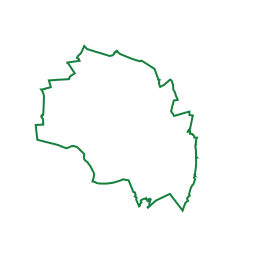 outline of Almelo, Overijssel, Netherlands, rotated 306°
{"feature_id": "6326949B33573744184458", "entity_name": "Almelo", "entity_type": "district", "adm_level": 2, "iso_a3": "NLD", "parent_name": "Netherlands", "parent_adm1": "Overijssel", "projection": "orthographic", "projection_center": [6.653, 52.345], "detail": "fine", "context": "isolated", "style": "outline", "palette": "green", "viewbox_px": 256, "rotation_deg": 306, "n_neighbors": 0, "source": "geoboundaries", "source_scale": "gbopen_adm2", "svg_char_len": 5149}
<svg xmlns="http://www.w3.org/2000/svg" viewBox="0 0 256 256"><g transform="rotate(306 128 128)"><path d="M93.3,220.7L96.9,219.6L100.8,218.5L103.2,218.8L103.5,218.9L104.4,219.4L105.5,217.3L106.5,217.0L107.0,217.3L108.6,217.2L109.5,217.7L110.2,216.4L115.6,214.3L119.1,213.6L120.7,214.0L126.0,212.4L126.6,210.6L127.9,210.2L128.2,210.0L128.5,209.8L128.6,210.1L128.7,209.7L129.4,209.4L129.7,209.5L129.7,209.3L132.0,208.2L133.4,207.5L134.7,206.8L136.3,205.8L136.8,205.6L137.1,205.4L139.6,203.8L140.5,203.1L144.2,200.3L144.5,200.7L144.5,200.1L145.3,199.5L145.6,199.5L146.2,198.9L147.3,197.9L148.2,197.4L149.4,196.5L149.7,196.1L150.9,195.1L151.9,194.3L151.8,194.0L153.1,193.1L154.3,192.4L154.7,192.7L155.1,192.1L156.5,191.2L156.8,191.4L157.1,191.0L157.3,190.8L157.7,190.5L158.4,190.2L159.1,189.9L159.8,189.6L160.7,189.4L159.2,187.4L159.7,187.0L160.1,186.4L160.5,185.7L160.5,184.2L160.9,184.2L160.8,183.1L160.5,182.3L159.8,181.6L162.1,179.9L159.9,178.6L160.0,178.5L160.8,178.4L161.7,178.4L162.4,178.4L163.3,178.5L163.6,178.5L164.0,178.4L164.3,178.4L164.6,178.5L164.7,178.4L164.7,178.2L164.8,178.2L176.2,173.1L174.6,170.1L177.4,168.0L177.3,167.9L176.6,167.4L175.0,166.1L174.9,166.0L170.9,162.9L167.4,160.2L167.0,159.9L166.9,159.8L165.4,158.7L165.0,158.3L165.0,158.2L164.9,158.1L165.1,157.9L165.2,157.6L166.9,153.0L173.1,150.5L177.2,148.9L179.9,151.7L180.3,151.3L182.4,147.6L182.9,146.9L183.1,146.7L183.3,146.6L183.4,146.3L183.9,145.7L184.1,145.5L184.6,144.5L184.7,144.3L185.1,143.6L185.6,142.3L185.7,142.2L186.1,141.7L186.3,141.5L189.5,139.1L190.0,138.3L189.9,138.3L191.9,135.5L192.1,133.9L191.7,133.6L184.2,131.9L180.2,129.9L181.2,128.3L182.5,126.5L182.8,126.5L183.0,126.3L183.7,126.1L184.8,125.4L185.2,125.3L185.5,125.2L185.4,125.0L185.2,124.7L184.8,124.2L185.1,123.7L185.7,123.1L191.4,114.8L190.5,99.5L188.8,98.1L186.3,90.6L184.9,85.1L183.8,80.4L183.2,77.9L183.2,77.5L183.3,76.6L183.3,75.9L184.0,74.1L184.0,73.9L184.0,73.7L183.6,73.7L183.0,73.7L183.0,73.4L182.9,73.3L182.2,73.6L181.5,72.8L181.3,72.8L181.2,72.9L180.7,72.8L180.4,73.1L180.2,73.1L179.3,73.1L178.4,73.0L177.5,72.6L177.4,72.6L175.8,71.1L175.5,70.9L174.3,67.3L174.0,66.5L172.5,62.0L170.8,57.4L168.3,49.8L167.8,48.6L168.6,44.4L168.2,44.5L167.0,44.8L160.8,46.0L160.7,46.0L157.2,45.2L156.7,45.2L155.6,45.3L154.7,45.5L154.8,46.1L155.0,47.0L155.1,47.3L155.0,47.5L154.9,47.6L154.8,47.8L154.3,48.6L154.2,48.8L153.9,49.3L153.6,49.0L146.9,42.1L146.1,41.3L145.3,40.4L145.0,40.6L145.1,40.9L145.2,41.2L145.1,41.5L145.0,41.9L140.9,52.8L140.6,52.7L137.0,51.2L136.6,51.1L136.0,50.9L135.3,50.9L134.9,50.9L134.5,51.0L134.1,51.1L133.8,51.2L132.9,51.6L132.6,51.2L131.8,50.3L125.5,42.6L125.3,42.3L125.2,42.1L124.9,41.9L120.0,36.0L119.8,36.3L115.8,41.5L115.7,41.5L115.3,41.3L112.5,39.0L109.0,36.2L108.6,35.8L108.2,35.5L108.1,35.3L107.9,35.8L107.6,36.6L107.4,37.1L106.9,38.1L106.5,38.7L105.9,39.5L105.5,40.0L105.1,40.5L104.6,41.0L104.1,41.4L103.6,41.8L102.7,42.4L99.1,44.9L96.5,46.7L88.9,51.6L87.9,50.8L87.6,50.8L87.3,51.1L87.1,50.8L86.6,51.1L86.1,51.5L85.9,51.7L85.7,51.9L85.6,52.2L85.6,52.4L85.5,52.7L85.5,53.2L85.4,53.5L85.2,53.8L85.0,54.2L84.7,54.4L84.3,54.8L82.1,56.4L82.2,56.5L80.9,57.4L80.3,56.6L76.7,52.2L76.2,51.6L70.8,56.4L65.2,61.6L73.0,81.1L73.2,81.8L75.0,88.9L75.2,89.6L75.5,90.0L75.9,90.5L76.3,90.8L77.5,91.5L80.3,93.1L81.0,93.9L80.9,94.0L81.3,94.6L81.5,94.9L81.7,95.3L82.1,96.1L82.2,96.6L82.4,97.4L82.5,97.8L82.5,98.2L82.5,98.6L82.5,99.1L82.4,99.6L82.2,101.5L81.2,107.8L80.6,108.4L79.6,108.8L79.2,109.0L78.7,109.3L78.1,109.8L77.8,110.1L77.5,110.5L77.0,111.2L76.8,111.7L76.7,112.1L76.5,113.0L76.5,113.5L76.5,114.1L76.6,114.6L76.6,114.9L76.6,115.1L76.4,115.7L75.5,118.4L75.2,119.2L74.9,120.2L74.6,120.8L71.2,127.4L70.8,127.7L70.4,128.0L69.9,128.3L69.4,128.6L67.5,129.4L65.0,130.3L63.9,130.8L64.5,132.0L64.7,132.5L65.0,133.3L65.0,133.6L65.0,133.8L65.0,134.6L65.1,135.1L65.4,135.8L65.8,136.6L65.9,136.9L66.5,137.8L68.2,140.3L69.9,142.6L71.2,144.2L72.0,145.0L73.3,146.4L74.6,147.7L76.0,148.9L77.7,150.2L78.9,151.1L80.1,152.0L81.7,153.1L82.6,153.6L83.5,154.1L86.0,159.3L81.8,166.1L79.4,169.9L79.4,170.2L79.5,170.4L79.7,170.7L79.8,171.2L79.9,171.3L79.6,172.1L79.4,172.3L79.1,172.4L79.0,172.5L78.9,172.5L78.6,172.8L78.6,173.1L78.4,173.3L78.3,173.5L78.2,173.5L77.7,173.6L77.1,174.0L76.9,174.1L76.6,174.0L76.8,175.3L76.9,175.8L74.9,176.7L74.0,178.2L71.2,182.9L71.5,182.9L71.8,183.2L72.0,183.2L72.8,183.0L73.4,182.4L74.6,182.5L75.1,182.5L75.8,182.6L75.9,182.2L76.0,181.9L76.1,181.7L76.5,181.2L76.8,181.0L77.2,181.0L77.8,181.2L78.0,181.3L80.2,182.7L80.8,183.2L81.2,183.6L81.3,183.8L81.2,183.8L81.2,184.0L81.3,184.0L81.2,184.1L81.4,184.2L81.6,184.3L81.6,184.8L81.2,185.4L81.2,185.5L80.6,186.2L80.9,186.7L80.8,187.2L80.7,187.3L80.9,187.4L81.9,186.8L82.1,187.1L82.3,186.9L82.6,186.8L82.9,186.8L83.3,186.9L83.5,187.0L83.6,187.4L83.6,187.7L83.7,187.8L83.7,188.2L83.6,188.3L82.3,188.6L82.2,188.6L82.1,188.3L82.1,188.1L81.8,188.1L81.6,188.1L81.1,189.0L80.9,189.3L80.0,189.5L79.2,189.8L79.1,190.0L78.9,190.2L78.7,190.4L78.1,190.8L77.8,190.9L77.1,190.7L76.6,190.7L76.0,190.6L75.8,190.6L75.2,190.6L74.5,190.8L85.7,193.2L99.3,200.6L96.9,208.7L96.1,211.4L93.3,220.7Z" fill="none" stroke="#15803d" stroke-width="2"/></g></svg>